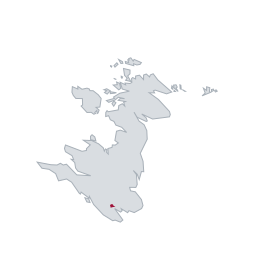 United Kingdom, with Bexley highlighted, rotated 47°
{"feature_id": "GBR-2061", "entity_name": "Bexley", "entity_type": "London Borough", "adm_level": 1, "iso_a3": "GBR", "parent_name": "United Kingdom", "parent_adm1": "", "projection": "equal_earth", "projection_center": [0.138, 51.452], "detail": "fine", "context": "in_parent", "style": "filled", "palette": "rose", "viewbox_px": 256, "rotation_deg": 47, "n_neighbors": 0, "source": "natural_earth", "source_scale": "10m", "svg_char_len": 3873}
<svg xmlns="http://www.w3.org/2000/svg" viewBox="0 0 256 256"><g transform="rotate(47 128 128)"><path d="M137.5,187.8L125.3,194.1L121.5,193.6L116.9,190.5L112.1,190.9L114.1,189.3L110.0,187.8L102.7,189.9L99.6,188.4L97.8,185.3L113.7,177.5L116.1,173.7L114.8,172.5L114.6,167.1L106.5,169.0L112.4,163.1L119.5,160.3L125.6,159.6L128.8,161.1L127.9,158.8L129.3,158.2L131.3,160.3L133.6,160.2L129.3,156.7L131.3,152.9L129.7,151.0L131.8,149.0L132.3,145.3L128.2,146.1L122.5,138.6L124.3,135.1L130.3,132.0L123.2,132.1L117.6,134.9L113.6,133.8L109.9,135.3L105.8,133.8L104.4,136.5L101.5,133.6L101.0,131.5L102.6,131.4L108.1,122.8L105.3,119.4L106.4,115.6L109.7,115.4L106.2,113.6L106.9,111.8L101.1,116.3L101.1,113.3L104.2,110.5L98.9,114.1L98.7,118.3L96.1,124.6L93.2,125.1L97.1,117.7L95.5,117.5L97.0,110.2L102.0,101.9L95.6,105.6L89.3,102.5L94.8,100.3L93.1,99.5L96.8,96.2L97.3,94.1L94.3,91.7L94.3,90.2L97.3,89.0L95.2,87.0L97.2,83.6L103.2,83.6L99.9,80.5L101.0,77.8L105.4,77.4L104.4,75.5L105.5,72.6L113.2,73.4L131.5,71.5L129.3,76.5L118.8,82.3L118.1,84.0L120.5,84.6L116.6,88.5L127.9,86.3L144.2,86.4L147.0,87.9L148.1,90.1L138.2,103.9L127.1,108.4L132.9,107.8L136.0,109.1L135.7,110.2L126.3,114.0L120.5,112.8L130.5,115.2L136.6,114.0L142.7,116.0L149.3,121.6L154.9,136.3L162.6,139.7L170.7,146.3L169.0,147.9L173.4,155.0L168.1,152.8L162.7,153.1L167.8,153.6L175.6,159.8L176.8,162.8L172.5,167.3L175.7,169.0L179.6,166.2L189.5,167.0L194.9,169.9L196.2,173.0L194.1,181.1L189.1,183.7L189.7,186.0L182.4,188.0L184.5,188.7L184.4,190.8L177.8,192.7L191.8,194.5L191.6,197.8L186.6,200.2L185.4,202.4L174.7,205.3L160.6,205.3L151.7,202.9L152.8,204.3L142.9,206.0L143.9,207.8L142.8,208.2L129.2,206.2L123.4,207.7L119.3,214.8L112.0,212.0L104.4,213.9L98.7,218.4L91.0,217.7L102.2,209.5L106.7,205.1L107.7,201.5L110.9,200.6L112.5,197.7L127.4,197.4L137.5,187.8ZM88.7,147.4L80.0,147.3L80.2,145.5L75.4,141.3L70.8,146.0L66.9,145.8L63.6,144.6L59.8,140.5L65.3,138.1L63.3,136.3L68.3,135.2L70.9,130.8L73.1,129.7L74.7,130.4L76.9,128.1L83.4,127.1L88.1,127.5L93.5,134.3L91.1,137.3L95.2,136.9L96.6,139.7L96.4,140.7L93.9,138.9L94.0,141.7L95.3,141.9L94.6,143.6L91.5,144.2L88.7,147.4ZM89.7,75.8L87.9,78.6L84.8,80.1L86.4,81.3L79.1,85.7L77.5,84.6L80.6,82.9L78.0,81.6L79.0,80.8L77.7,80.1L78.6,78.1L82.6,78.6L82.0,76.8L89.3,73.6L89.7,75.8ZM89.7,89.6L89.7,92.7L95.9,94.2L91.5,97.2L91.0,94.6L87.1,94.6L81.4,90.7L87.0,87.0L89.7,89.6ZM154.3,40.7L156.9,43.6L158.3,43.2L155.0,51.9L155.1,47.7L150.3,45.7L154.1,44.9L151.5,42.4L154.3,40.7ZM93.8,108.7L86.5,109.5L89.0,106.3L86.6,105.0L89.6,103.7L94.1,106.3L93.8,108.7ZM111.9,158.4L115.6,160.3L111.0,163.3L108.5,161.1L108.4,158.9L111.9,158.4ZM88.7,115.6L89.0,120.1L86.0,121.0L86.2,118.1L83.6,119.5L84.8,116.8L88.7,115.6ZM131.7,64.1L131.5,65.6L135.5,66.4L130.2,67.0L127.7,65.4L129.2,63.4L131.7,64.1ZM102.3,123.6L99.2,123.1L98.8,120.0L101.3,119.6L102.3,123.6ZM156.6,206.6L154.0,208.5L149.6,207.1L153.1,205.1L156.6,206.6ZM90.8,117.5L89.4,116.2L94.3,112.4L93.2,114.3L90.8,117.5ZM75.7,86.8L77.2,87.7L75.9,89.2L71.5,88.1L75.7,86.8ZM74.6,96.0L72.8,95.7L72.7,91.7L74.6,91.8L74.6,96.0ZM158.4,42.1L156.8,40.7L157.8,39.0L159.1,39.5L158.4,42.1ZM136.0,62.7L134.9,63.1L131.8,60.6L132.8,60.2L136.0,62.7ZM130.1,68.9L128.6,69.1L127.1,67.1L128.8,67.2L130.1,68.9ZM161.9,37.6L161.3,39.5L160.0,39.3L160.1,37.6L161.9,37.6ZM140.0,61.4L136.9,62.1L140.3,61.0L140.0,61.4ZM87.5,98.5L86.6,98.6L85.5,97.6L87.0,97.1L87.5,98.5ZM133.7,68.4L132.6,69.5L131.8,68.5L133.7,68.4ZM83.8,104.0L81.9,104.6L84.5,103.4L83.8,104.0ZM72.2,98.5L71.0,98.7L70.5,98.3L71.7,97.6L72.2,98.5Z" fill="#d9dde1" stroke="#a8b0b8" stroke-width="1"/><path d="M174.1,192.1L174.5,192.4L175.0,192.3L174.9,192.4L174.9,192.5L174.8,192.9L174.3,193.2L174.1,193.6L174.1,193.9L173.7,193.7L173.3,193.6L173.1,193.5L172.9,193.3L173.0,193.1L173.0,192.8L173.0,192.7L173.5,192.6L173.5,192.4L173.5,192.1L173.9,192.0L174.1,192.1Z" fill="#f43f5e" stroke="#9f1239" stroke-width="1.5"/></g></svg>